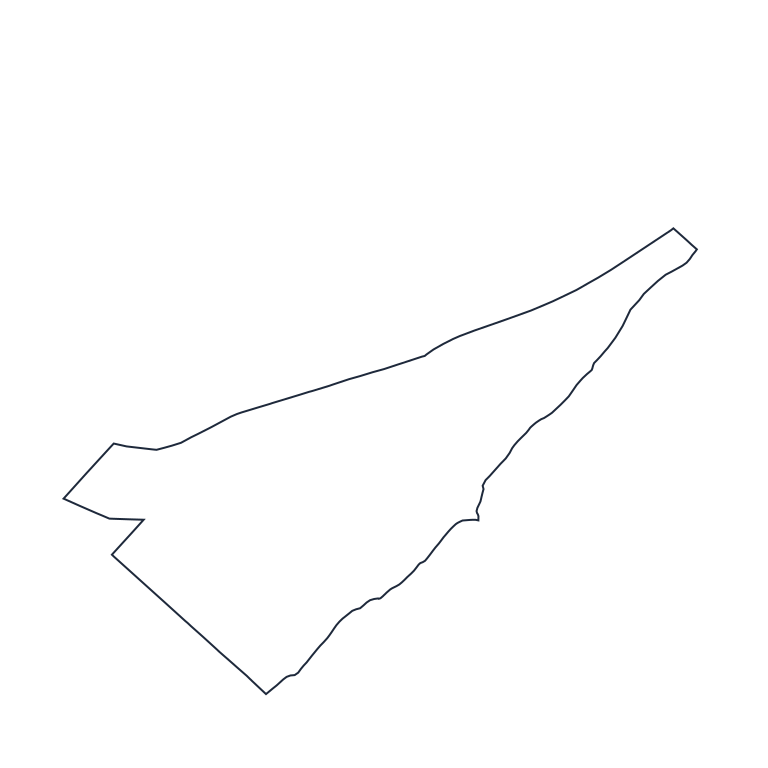 outline of Cottesloe, Western Australia, Australia, rotated 222°
{"feature_id": "25037944B28116798937362", "entity_name": "Cottesloe", "entity_type": "district", "adm_level": 2, "iso_a3": "AUS", "parent_name": "Australia", "parent_adm1": "Western Australia", "projection": "natural_earth1", "projection_center": [115.756, -31.999], "detail": "fine", "context": "isolated", "style": "outline", "palette": "slate", "viewbox_px": 768, "rotation_deg": 222, "n_neighbors": 0, "source": "geoboundaries", "source_scale": "gbopen_adm2", "svg_char_len": 3053}
<svg xmlns="http://www.w3.org/2000/svg" viewBox="0 0 768 768"><g transform="rotate(222 384 384)"><path d="M472.0,75.1L469.3,75.0L438.2,75.0L435.6,75.0L431.0,75.0L417.8,75.0L400.5,75.0L373.1,74.9L370.4,75.0L369.6,75.0L365.4,74.9L349.1,75.0L332.0,74.9L327.1,74.8L314.0,75.0L303.7,75.1L290.6,75.3L286.4,75.1L284.9,75.1L283.3,75.0L264.2,74.6L262.9,83.3L262.1,88.1L261.2,97.1L260.4,101.2L258.5,104.8L255.6,107.9L254.6,112.1L255.1,116.5L255.3,121.0L255.2,125.4L255.8,134.1L256.2,142.6L256.3,147.1L256.1,151.7L256.1,156.1L256.1,157.2L256.4,160.6L256.9,164.7L257.5,168.8L258.0,172.9L258.1,177.6L257.8,181.9L256.4,190.2L255.8,194.2L254.0,197.9L251.7,201.4L251.1,205.8L250.7,210.0L249.7,214.0L247.5,217.6L244.9,220.7L244.4,220.7L243.6,221.7L243.2,222.8L242.8,225.8L242.8,226.5L242.6,228.6L242.5,230.6L241.9,235.5L241.3,237.6L239.5,242.1L238.5,245.2L238.0,248.5L237.7,252.1L237.5,256.4L237.0,261.2L236.8,265.4L237.1,269.5L237.4,272.8L237.4,273.2L237.2,275.2L236.0,277.5L235.2,280.1L235.3,283.2L235.6,287.5L236.1,292.9L236.4,297.0L236.5,302.1L236.8,305.9L237.2,310.0L237.2,310.5L237.4,317.5L237.4,320.9L237.2,324.4L236.9,327.8L236.4,329.9L235.6,332.0L234.9,333.7L234.3,335.1L228.4,341.3L225.3,344.2L222.6,345.8L225.4,349.0L227.0,349.9L228.6,350.4L230.2,351.5L230.9,352.9L231.7,354.4L232.8,358.2L233.7,361.2L235.1,363.8L235.9,365.2L238.1,369.3L239.7,372.5L242.6,374.4L244.2,380.6L244.1,382.2L243.9,386.3L244.0,402.5L243.7,410.1L244.5,416.9L245.8,422.0L246.2,425.7L246.3,430.9L246.1,435.1L245.9,438.2L245.6,442.8L245.8,446.7L246.1,449.2L246.0,450.9L245.6,454.3L245.2,457.0L244.3,460.7L243.6,463.1L242.3,465.8L241.4,469.0L240.6,472.0L239.9,475.0L239.4,480.9L238.9,486.6L238.6,492.4L238.4,498.4L239.1,504.0L240.2,512.1L240.3,517.6L240.3,521.4L239.8,527.2L239.2,531.4L239.0,533.4L239.7,535.2L240.1,535.9L241.1,537.9L241.9,540.2L241.7,544.0L241.6,549.6L241.8,555.8L241.8,560.4L243.0,573.2L245.5,586.8L247.5,593.7L250.3,603.2L250.6,604.1L250.4,617.1L251.2,624.8L250.3,634.9L249.4,644.0L247.8,653.7L245.5,659.8L241.4,671.7L240.3,676.6L240.4,681.7L241.1,686.3L241.3,691.1L241.6,693.4L248.5,693.3L255.0,693.4L273.1,693.3L273.6,690.4L283.2,653.2L288.3,633.5L291.8,620.3L295.4,608.4L295.9,606.7L299.7,595.4L302.0,588.3L303.9,582.6L305.7,578.2L310.4,566.8L313.4,559.6L313.8,558.6L317.5,550.6L323.1,538.7L324.0,536.8L324.7,535.5L336.4,513.7L344.5,498.9L352.7,484.0L358.9,472.0L359.6,470.7L363.0,463.2L363.3,462.3L366.3,454.6L366.8,453.3L370.3,442.8L371.0,439.7L372.2,434.3L372.5,432.1L374.2,429.6L374.3,429.4L384.9,410.9L386.6,408.0L393.9,395.2L400.3,385.2L407.0,374.0L408.2,372.1L413.2,364.2L421.9,348.9L423.3,346.3L433.0,330.2L434.4,328.1L439.5,319.5L454.3,295.0L455.4,293.0L462.4,281.5L467.1,273.7L470.8,267.6L473.2,263.3L476.0,257.2L483.2,237.1L484.1,234.7L488.8,222.5L491.7,215.3L495.5,204.5L500.4,196.2L504.6,189.6L509.0,182.9L511.3,181.2L513.8,179.4L533.5,165.4L545.0,158.9L545.1,153.3L545.4,118.8L545.4,84.4L528.7,89.8L511.3,95.6L505.6,97.6L498.0,100.2L495.0,102.7L483.1,112.7L471.8,122.3L471.8,107.5L472.0,75.1Z" fill="none" stroke="#1e293b" stroke-width="2"/></g></svg>